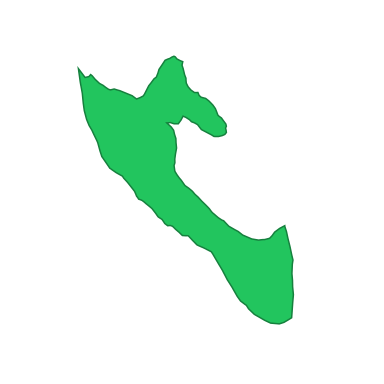 Lokoja, Kogi, Nigeria (Equal Earth projection), rotated 162°
{"feature_id": "59680162B326996000256", "entity_name": "Lokoja", "entity_type": "district", "adm_level": 2, "iso_a3": "NGA", "parent_name": "Nigeria", "parent_adm1": "Kogi", "projection": "equal_earth", "projection_center": [6.483, 8.245], "detail": "fine", "context": "isolated", "style": "filled", "palette": "green", "viewbox_px": 384, "rotation_deg": 162, "n_neighbors": 0, "source": "geoboundaries", "source_scale": "gbopen_adm2", "svg_char_len": 3310}
<svg xmlns="http://www.w3.org/2000/svg" viewBox="0 0 384 384"><g transform="rotate(162 192 192)"><path d="M114.2,131.3L119.9,130.3L125.8,128.3L129.3,125.7L132.5,124.0L137.5,124.3L139.6,124.9L143.6,125.7L149.7,128.9L157.1,135.4L160.3,140.2L163.0,143.0L167.6,148.1L169.5,152.1L170.8,154.9L172.3,156.1L175.0,159.5L176.7,162.3L177.7,164.0L179.0,166.0L179.3,166.7L179.8,168.0L180.7,170.8L182.8,175.1L185.5,180.2L187.8,185.3L189.9,188.9L191.4,192.6L193.9,196.6L196.7,200.3L198.6,206.5L199.8,209.4L200.9,212.8L201.9,217.0L200.9,222.7L199.5,224.7L199.2,225.2L198.2,228.6L196.0,233.2L193.1,238.6L192.0,243.7L190.8,247.9L190.8,252.2L190.4,256.4L191.6,260.1L194.6,265.5L191.1,264.7L188.1,262.5L184.0,261.1L180.1,263.9L177.1,266.9L174.8,264.9L172.0,261.5L170.8,259.0L168.3,257.0L165.9,254.4L163.8,248.5L159.6,244.2L155.8,240.3L153.9,238.0L149.7,236.6L145.9,236.3L143.0,236.6L140.9,238.0L140.5,240.3L140.3,242.5L139.0,243.9L138.8,246.2L140.5,251.3L141.1,253.3L142.8,255.6L143.6,257.0L143.8,261.0L144.0,264.1L145.3,268.3L147.8,273.4L150.1,276.8L152.5,278.3L154.1,279.4L155.4,281.7L155.6,284.8L157.3,285.3L159.0,285.9L161.5,289.3L163.2,293.3L163.8,297.3L163.2,300.1L162.6,302.1L162.8,305.8L162.3,312.0L162.3,315.7L160.5,318.8L162.6,320.5L165.3,323.3L166.1,325.6L167.2,326.7L169.7,326.5L171.8,325.9L173.9,325.9L176.9,325.6L180.0,323.1L181.9,321.6L185.5,318.8L187.6,315.7L190.4,312.3L193.1,311.4L197.0,308.6L200.3,306.4L207.0,299.7L208.7,298.4L212.2,297.8L216.0,297.6L219.2,302.1L229.5,310.8L230.0,311.1L231.1,311.8L232.9,313.1L234.2,314.0L238.0,314.3L239.6,315.4L241.7,318.1L243.6,320.9L246.4,323.8L249.3,329.1L251.0,333.3L252.1,335.0L254.4,333.6L258.3,334.0L261.9,344.4L264.2,331.6L264.6,329.0L264.9,326.5L265.8,319.9L268.0,309.9L269.3,302.6L269.8,293.6L269.3,287.0L268.1,281.7L267.6,277.4L266.6,270.3L266.4,268.0L266.8,259.5L266.8,255.3L266.8,253.6L264.3,245.2L262.8,240.0L258.1,233.8L253.3,228.6L252.6,226.1L251.4,223.5L250.4,221.3L248.7,216.7L246.6,210.9L246.5,210.7L246.4,210.4L246.4,210.2L246.1,207.2L246.0,205.2L245.9,205.1L245.9,204.9L245.7,204.4L245.1,202.5L245.1,202.2L244.9,201.9L244.9,201.7L244.7,201.6L244.6,201.4L244.4,201.3L243.1,200.3L242.2,199.5L242.1,199.4L240.8,197.6L240.7,197.4L239.6,195.6L239.1,194.7L238.9,194.5L235.9,189.8L235.3,188.8L235.2,188.7L232.9,182.3L232.9,182.1L232.3,180.1L231.9,178.9L231.8,178.7L230.7,177.3L228.9,175.1L228.9,174.9L228.1,172.3L227.7,170.6L227.6,170.4L225.6,167.5L225.5,167.4L225.4,167.4L224.0,167.1L223.1,166.9L222.9,166.8L221.2,165.5L221.1,165.4L220.5,164.3L219.4,162.2L219.3,161.8L219.2,161.7L218.9,161.2L218.2,160.1L217.2,158.4L217.0,158.2L215.3,154.9L214.6,153.6L212.4,152.7L209.2,151.6L209.0,151.4L206.4,145.8L206.3,145.6L205.7,144.4L203.7,140.3L203.6,140.2L202.6,139.2L199.0,136.0L198.7,135.8L198.6,135.7L192.1,129.2L191.2,125.9L191.2,125.7L188.9,115.3L187.3,108.3L187.1,107.4L187.1,107.2L187.0,106.4L186.6,104.1L185.6,98.1L185.6,97.8L185.3,96.8L183.1,88.2L183.1,87.9L181.8,81.6L181.2,78.7L179.5,73.3L176.3,68.7L175.3,67.4L174.3,63.4L172.3,59.7L170.5,56.3L166.9,52.4L162.5,47.5L160.6,45.7L157.7,43.0L149.7,39.6L144.8,39.6L139.8,40.7L136.1,41.6L130.4,55.7L127.3,63.0L125.6,70.7L123.7,77.0L122.2,83.5L120.4,88.3L118.9,92.3L117.0,96.1L116.6,101.3L115.7,109.8L115.1,118.4L114.4,125.1L114.4,130.2L114.2,131.3Z" fill="#22c55e" stroke="#15803d" stroke-width="1.5"/></g></svg>